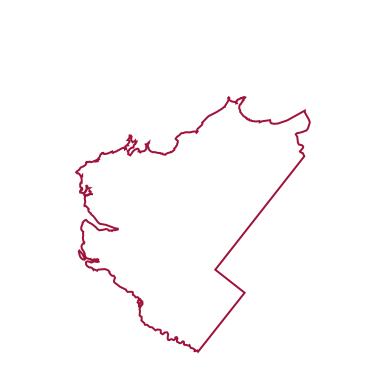 outline of West Daly, Northern Territory, Australia, rotated 38°
{"feature_id": "25037944B73531494726593", "entity_name": "West Daly", "entity_type": "district", "adm_level": 2, "iso_a3": "AUS", "parent_name": "Australia", "parent_adm1": "Northern Territory", "projection": "albers", "projection_center": [129.851, -14.087], "detail": "fine", "context": "isolated", "style": "outline", "palette": "rose", "viewbox_px": 384, "rotation_deg": 38, "n_neighbors": 0, "source": "geoboundaries", "source_scale": "gbopen_adm2", "svg_char_len": 6047}
<svg xmlns="http://www.w3.org/2000/svg" viewBox="0 0 384 384"><g transform="rotate(38 192 192)"><path d="M258.5,94.7L255.5,93.2L252.9,93.9L252.1,93.6L252.3,89.4L252.0,88.2L251.5,87.6L249.7,87.5L246.9,88.8L244.8,87.6L241.1,83.8L238.2,82.6L238.5,81.1L241.4,77.7L244.3,73.0L244.2,70.5L242.3,65.3L241.4,64.1L239.1,62.8L233.2,60.4L231.9,59.7L230.8,58.4L222.9,77.0L217.6,85.1L215.0,87.5L212.3,89.0L211.1,88.9L209.3,87.3L203.8,93.0L202.5,95.2L202.1,94.5L201.6,94.5L199.0,97.1L195.2,99.3L194.3,99.2L193.5,100.1L192.7,100.1L192.2,99.6L191.3,100.5L189.6,100.5L189.6,100.1L188.4,100.1L186.0,100.5L180.6,99.2L179.9,98.1L177.6,96.9L176.2,94.7L176.0,93.2L176.4,92.4L176.0,90.9L176.2,89.6L175.6,88.7L176.1,88.0L175.5,87.3L175.6,86.8L175.2,86.3L175.7,85.8L175.7,84.7L174.7,85.0L173.5,86.8L173.4,87.6L172.5,88.0L172.4,89.0L171.1,91.2L171.4,91.8L171.0,92.8L172.0,94.2L172.7,94.5L172.3,95.0L171.7,94.4L170.2,94.8L167.5,96.2L164.9,96.5L164.1,96.3L163.6,95.0L162.7,94.8L162.6,95.7L163.6,96.2L164.4,97.6L165.1,104.0L165.5,104.7L165.0,105.1L164.4,107.8L162.2,113.8L158.3,122.2L157.3,131.1L158.1,131.5L158.5,133.0L157.5,139.0L158.2,140.5L159.1,140.7L159.1,142.6L157.4,142.2L155.7,143.7L153.8,146.2L150.2,148.8L148.8,150.9L147.4,152.3L147.0,155.4L146.3,157.4L146.2,159.8L146.5,160.3L149.4,160.5L150.4,161.9L150.6,163.1L151.4,164.3L151.2,165.7L151.6,166.8L151.2,168.7L152.2,169.6L151.2,173.4L150.6,173.5L150.2,174.6L148.9,176.2L147.8,178.7L148.0,179.0L145.8,180.3L145.0,179.9L143.8,181.0L143.2,180.8L140.7,182.4L138.2,183.4L136.7,184.7L134.3,185.4L132.3,185.1L131.0,184.5L130.6,183.9L129.2,183.4L127.8,181.5L128.0,180.4L127.5,179.3L127.1,181.8L126.2,183.0L127.2,183.4L129.6,186.4L129.2,189.1L127.1,191.4L126.9,192.7L126.1,192.6L126.2,192.0L125.9,192.0L124.9,192.9L124.4,191.8L123.3,191.1L122.4,191.4L121.1,193.4L120.5,196.1L120.8,201.1L118.4,201.5L117.9,200.4L117.2,199.8L116.5,199.8L116.1,199.1L116.7,198.0L116.5,196.5L116.8,195.2L117.5,193.8L118.3,193.3L118.4,192.7L117.3,191.0L117.8,189.2L117.4,187.2L117.2,187.6L117.1,187.0L115.7,186.2L115.7,186.7L116.3,186.7L116.1,187.2L114.4,188.8L114.6,189.5L114.2,190.0L114.4,189.1L112.6,188.9L111.3,187.6L110.2,185.4L108.9,185.2L108.0,185.8L108.6,186.7L108.7,186.3L109.0,186.4L109.4,187.2L109.4,190.6L110.0,190.1L111.0,190.3L111.9,191.3L112.0,194.5L112.9,194.7L112.4,195.5L112.5,195.0L111.9,195.0L111.4,196.9L111.8,197.5L112.7,198.2L112.7,197.9L113.1,198.0L113.6,198.6L112.9,198.7L112.8,199.6L111.8,198.7L111.1,198.8L109.7,201.1L107.2,206.9L105.9,208.8L105.8,209.7L104.7,210.0L104.1,209.3L102.3,212.9L100.6,215.1L99.2,216.2L98.1,215.7L97.1,216.7L97.4,217.6L96.8,218.6L97.6,221.3L97.5,223.9L98.1,223.3L98.6,223.5L97.9,224.4L98.2,225.4L98.8,225.6L98.7,225.9L98.5,226.1L98.6,225.7L97.3,225.4L94.6,230.1L93.4,231.1L92.7,231.0L91.6,232.5L90.6,232.9L90.3,233.9L91.2,234.7L91.4,236.4L90.8,238.4L89.3,241.0L89.2,242.7L89.5,243.7L88.5,247.1L88.7,247.9L90.3,247.9L90.7,247.3L92.3,247.2L95.3,248.3L95.9,247.6L95.3,247.0L95.3,246.6L96.0,247.5L95.7,248.6L97.7,250.4L99.0,252.2L98.6,252.2L98.6,253.7L98.9,254.2L99.1,254.0L99.3,255.1L101.2,257.0L102.8,256.5L103.1,256.7L102.6,257.0L103.3,257.7L103.6,257.5L103.9,257.8L104.0,258.4L103.2,258.8L103.7,260.0L103.3,260.4L104.2,261.3L106.0,260.2L106.8,260.2L107.6,259.0L107.4,255.8L106.7,254.0L104.3,251.6L105.7,252.4L106.1,250.9L105.9,252.5L106.9,253.6L108.8,252.1L108.6,252.7L107.4,253.3L107.2,253.8L107.8,255.7L108.1,259.7L109.0,260.7L111.2,259.0L112.8,255.8L111.7,254.4L110.6,254.6L110.2,253.9L112.1,254.2L113.1,255.8L115.4,254.8L113.9,255.8L114.4,256.3L113.7,256.0L113.0,256.3L111.9,259.0L109.8,261.1L110.9,261.8L111.2,262.9L114.0,265.5L115.2,268.3L116.0,269.2L116.9,268.4L120.9,268.9L121.4,269.5L121.3,270.0L122.5,270.9L124.8,271.3L125.4,271.1L125.7,271.5L126.9,271.7L129.4,271.8L136.4,273.7L138.9,273.8L144.6,270.8L153.9,267.9L156.1,266.6L156.6,267.1L155.5,268.8L152.9,271.2L152.9,272.0L152.2,271.9L150.5,273.6L148.7,273.4L146.9,274.2L145.9,275.7L142.6,279.2L140.5,279.4L138.5,279.0L133.7,278.8L128.3,279.6L125.7,279.2L125.2,279.8L124.7,281.7L124.8,283.9L125.3,284.2L126.1,287.2L127.3,289.2L128.7,290.1L130.9,290.3L131.6,291.8L133.2,293.3L133.7,294.5L135.0,296.2L136.5,297.4L138.2,298.0L138.6,299.1L137.9,299.4L137.9,301.7L138.4,302.9L140.1,304.5L142.7,305.3L145.5,306.7L146.5,308.0L149.4,309.2L152.1,308.1L153.3,307.2L153.7,307.7L155.9,307.4L155.6,306.5L156.1,305.5L157.7,304.5L159.0,303.0L159.6,303.1L159.4,304.1L160.0,304.7L161.2,304.2L161.5,303.6L161.5,304.1L160.9,304.5L160.6,305.2L158.9,305.1L158.6,306.0L159.2,306.1L157.7,306.9L156.2,309.5L152.6,310.7L151.8,311.8L151.7,312.6L153.2,314.3L155.0,314.9L157.5,314.7L158.6,313.8L160.1,313.4L162.0,314.0L161.8,313.4L165.7,312.4L165.5,311.8L165.9,310.9L170.9,306.3L174.3,305.3L176.4,305.8L176.5,306.5L179.5,307.3L180.7,307.1L181.9,306.2L183.2,306.5L184.2,307.1L185.1,310.0L186.0,310.8L186.8,311.0L193.5,311.0L200.1,309.6L201.3,310.3L202.8,310.3L206.1,307.6L206.7,307.4L207.4,307.8L208.7,309.4L210.2,309.1L212.1,309.7L212.7,309.6L213.9,308.3L216.2,308.6L217.0,308.3L217.9,308.6L218.1,309.2L218.0,309.6L216.4,310.2L217.1,312.5L218.4,312.6L220.3,310.4L219.6,309.3L219.7,308.9L220.2,308.8L221.9,310.6L222.1,311.1L222.0,313.0L220.6,313.0L219.7,313.6L220.7,314.9L221.5,314.5L222.3,314.9L222.8,316.7L224.4,317.9L226.6,321.4L227.6,321.7L229.0,321.3L229.4,322.0L230.3,322.6L231.2,324.4L235.2,324.7L236.6,325.6L238.4,324.3L241.9,324.4L243.9,323.2L248.4,323.5L249.5,321.5L251.8,320.2L252.5,320.2L254.3,322.4L256.4,322.2L256.8,321.4L256.9,319.6L258.8,317.9L260.8,318.7L262.7,322.1L263.9,323.1L264.4,323.1L265.4,322.6L265.8,321.3L266.6,320.5L268.9,319.9L269.3,318.2L268.4,316.9L269.2,315.8L270.7,316.4L271.5,318.3L272.4,319.2L275.7,318.6L276.5,317.2L276.5,315.6L277.2,315.1L277.9,315.1L279.5,317.0L280.2,317.1L281.6,316.0L283.8,315.3L284.2,314.2L286.8,315.6L288.9,314.7L291.5,314.5L291.8,314.6L291.7,315.3L292.0,315.8L292.7,315.4L293.8,313.6L295.1,314.1L295.5,239.0L258.2,238.9L258.5,94.7ZM142.8,311.3L144.7,312.2L147.1,312.4L148.8,311.7L149.0,310.9L144.1,308.4L139.3,307.5L139.3,308.5L142.8,311.3Z" fill="none" stroke="#9f1239" stroke-width="2"/></g></svg>